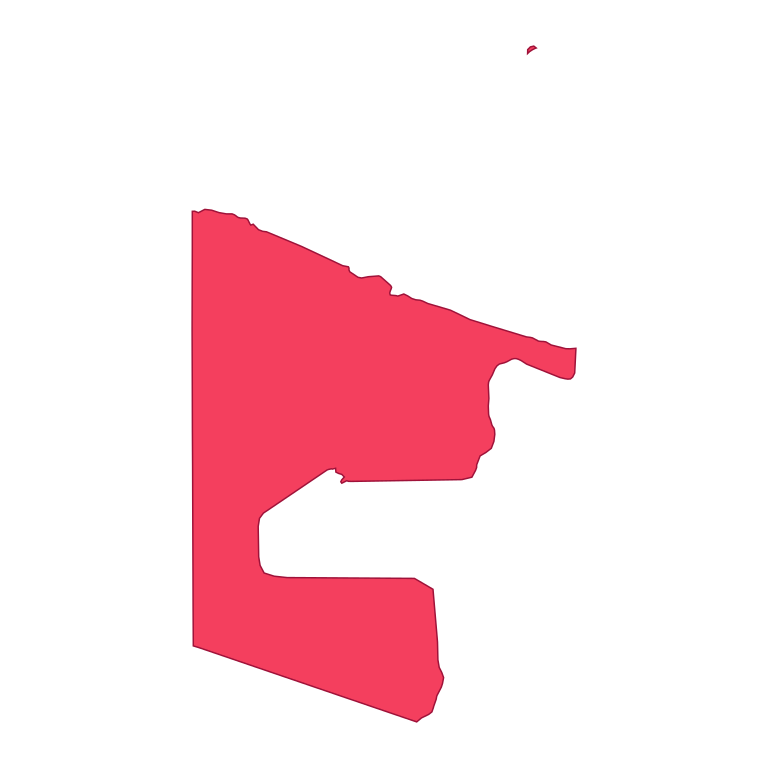 the Province of Sandaun
{"feature_id": "PNG-1241", "entity_name": "Sandaun", "entity_type": "Province", "adm_level": 1, "iso_a3": "PNG", "parent_name": "Papua New Guinea", "parent_adm1": "", "projection": "orthographic", "projection_center": [142.09, -3.55], "detail": "fine", "context": "isolated", "style": "filled", "palette": "rose", "viewbox_px": 768, "rotation_deg": 0, "n_neighbors": 0, "source": "natural_earth", "source_scale": "10m", "svg_char_len": 2128}
<svg xmlns="http://www.w3.org/2000/svg" viewBox="0 0 768 768"><path d="M193.3,645.9L193.1,606.8L193.0,574.5L192.7,497.6L192.6,466.5L192.4,429.6L192.3,389.9L192.1,329.6L192.2,284.5L192.3,249.0L192.3,216.9L192.3,211.3L194.7,211.2L198.4,212.7L204.8,209.4L211.7,210.2L219.0,212.6L226.5,213.9L232.1,213.9L234.4,214.8L235.9,215.8L237.1,216.8L238.3,217.5L240.4,218.0L245.1,218.2L247.1,218.9L248.0,220.0L249.9,223.9L250.8,225.1L253.2,224.2L258.5,229.7L262.6,231.3L266.5,231.8L301.7,246.5L342.7,265.7L348.4,266.8L349.0,268.1L349.0,270.0L349.8,271.8L358.0,277.3L361.6,278.0L368.4,276.7L378.8,275.9L380.7,276.7L390.6,285.5L391.6,287.3L391.2,288.8L390.3,290.9L389.7,293.0L390.2,294.9L391.4,295.2L396.1,295.6L397.8,296.1L403.8,294.0L407.7,295.9L411.8,298.5L415.8,299.8L420.0,300.2L422.7,301.1L427.8,303.5L450.5,310.2L470.0,319.6L490.6,326.0L526.4,336.9L530.4,337.4L532.5,337.9L538.5,341.1L540.9,341.4L543.5,341.5L545.9,341.9L551.2,345.0L565.8,348.7L569.9,348.8L575.9,348.3L575.9,349.0L574.7,373.0L572.7,377.0L570.5,378.9L567.8,379.1L565.0,378.7L559.9,377.5L526.6,364.1L521.2,360.6L518.5,359.3L516.2,358.6L513.9,358.6L511.6,359.2L506.8,361.8L504.3,362.8L499.4,364.0L497.0,365.8L494.9,368.8L492.3,374.9L489.2,380.5L488.6,382.2L488.3,385.0L488.9,398.5L488.3,405.9L488.6,414.2L489.0,416.4L490.4,419.6L491.8,424.7L492.5,426.2L494.0,428.3L494.5,430.1L494.8,434.4L493.9,441.4L491.3,448.3L486.0,452.4L480.1,455.9L476.7,464.8L476.6,467.6L475.5,470.5L471.9,477.2L461.9,479.6L351.3,481.4L348.3,481.3L346.8,480.7L341.8,483.2L340.8,481.8L341.7,479.9L344.3,477.0L341.8,474.4L338.5,473.4L335.9,472.1L335.6,468.3L332.2,469.1L331.5,468.8L328.7,469.4L327.2,469.9L263.4,513.1L259.5,518.3L258.2,526.4L258.7,556.8L260.1,565.4L264.1,573.0L274.2,576.2L287.2,577.6L414.4,578.4L433.0,589.3L437.5,642.0L437.9,659.8L439.2,667.4L441.8,672.6L443.6,677.6L442.5,683.5L441.3,687.2L436.9,695.7L436.6,696.8L436.2,699.2L433.6,706.6L433.4,707.6L431.9,711.9L428.7,714.4L421.5,717.9L416.7,721.9L198.6,647.5L193.3,645.9ZM527.6,53.5L527.7,49.6L530.4,46.9L533.8,46.1L536.2,48.0L535.1,48.4L532.5,49.7L529.6,51.6L527.6,53.5Z" fill="#f43f5e" stroke="#9f1239" stroke-width="1.5"/></svg>